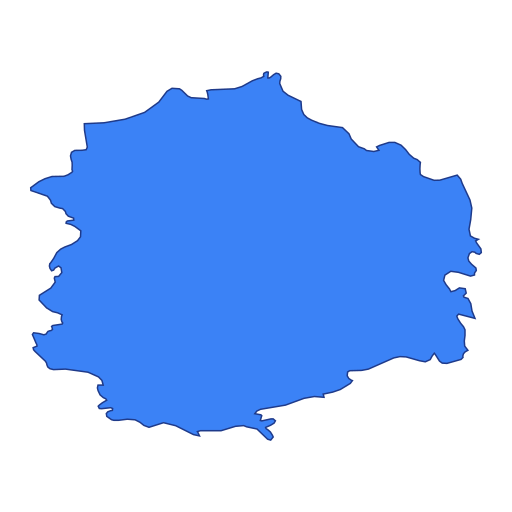 the Region of Pirkanmaa
{"feature_id": "FIN-3186", "entity_name": "Pirkanmaa", "entity_type": "Region", "adm_level": 1, "iso_a3": "FIN", "parent_name": "Finland", "parent_adm1": "", "projection": "robinson", "projection_center": [23.692, 61.717], "detail": "fine", "context": "isolated", "style": "filled", "palette": "blue", "viewbox_px": 512, "rotation_deg": 0, "n_neighbors": 0, "source": "natural_earth", "source_scale": "10m", "svg_char_len": 3914}
<svg xmlns="http://www.w3.org/2000/svg" viewBox="0 0 512 512"><path d="M301.0,101.5L301.6,109.5L303.8,114.5L307.2,117.8L311.6,120.2L319.2,123.3L327.5,125.5L342.5,127.6L349.0,133.8L351.2,139.0L358.5,146.7L364.3,148.8L366.5,150.5L373.8,151.5L378.9,150.3L376.6,146.9L379.7,145.4L389.1,142.4L394.8,142.4L401.1,145.2L405.6,149.6L409.2,154.3L413.7,158.2L417.2,159.6L420.4,162.4L420.1,164.8L419.9,168.9L420.1,172.7L420.4,174.5L423.5,176.6L434.1,180.3L439.7,180.2L457.2,175.1L460.7,179.2L462.2,183.4L470.0,200.1L471.8,208.1L470.7,219.7L469.0,229.2L470.4,235.9L474.4,238.2L478.4,239.3L476.7,240.3L475.6,240.8L476.6,242.9L480.9,248.9L481.3,252.6L479.3,254.3L476.1,253.4L474.8,252.2L472.0,251.7L469.4,253.6L467.9,257.9L468.8,261.1L471.5,264.2L475.9,268.0L476.3,270.4L475.5,271.7L474.7,272.6L474.5,273.5L474.5,275.0L470.5,276.1L458.4,272.3L450.8,271.3L444.9,275.1L443.6,280.4L446.0,284.6L449.5,289.0L450.9,291.7L455.1,290.6L459.4,287.9L465.2,288.7L466.2,293.1L463.4,295.9L464.0,297.2L468.0,298.5L470.8,303.7L472.0,311.0L475.0,318.4L458.6,314.1L456.8,316.1L457.8,318.8L460.6,323.2L463.5,326.7L465.0,329.8L465.0,335.4L464.3,341.0L464.7,346.1L467.9,350.3L465.2,351.8L463.5,353.7L462.8,356.0L463.0,357.4L461.1,359.4L446.9,363.4L442.2,363.1L439.5,361.1L435.4,354.6L434.3,353.2L432.1,356.1L430.2,359.6L425.3,361.8L419.4,360.7L406.1,356.9L399.9,356.6L393.8,357.9L368.4,369.1L361.6,370.4L349.7,370.7L347.6,372.0L347.2,375.8L348.8,378.5L351.3,380.2L352.4,380.6L350.3,383.4L340.3,389.5L332.7,392.1L323.2,394.1L323.4,394.7L324.0,397.3L314.4,396.5L304.1,398.3L285.5,405.1L260.5,409.3L256.9,411.0L254.8,413.7L260.9,414.8L261.8,415.8L261.4,416.6L260.6,419.7L260.3,420.5L261.8,420.9L270.9,418.9L273.2,418.9L275.4,420.8L274.1,423.1L270.7,425.2L265.6,427.4L266.1,428.7L267.7,429.6L270.4,432.0L272.4,435.2L273.2,437.0L270.7,440.1L267.6,439.2L257.0,429.0L246.6,426.8L243.7,425.6L235.5,426.3L221.1,430.7L200.4,430.7L197.4,431.6L197.8,432.2L199.5,435.9L193.5,434.6L175.7,425.7L163.5,422.7L149.0,427.3L143.9,425.4L140.0,422.3L135.1,419.8L127.3,419.2L118.6,420.3L113.8,420.3L111.5,419.7L106.8,416.4L106.3,413.6L107.8,411.8L110.6,410.7L112.4,410.4L112.6,408.5L110.7,407.7L101.5,408.7L99.3,408.5L98.2,406.2L99.5,404.9L102.3,402.8L106.7,400.2L105.7,398.7L103.4,397.7L100.1,394.9L98.1,390.7L97.4,387.9L98.0,385.1L103.2,385.1L101.9,380.4L98.5,376.9L88.0,372.2L65.5,369.1L53.5,369.6L49.9,368.7L47.8,367.0L47.0,365.1L46.5,363.0L45.3,361.1L35.1,351.5L33.6,349.8L33.1,347.7L37.0,346.1L36.8,344.5L36.0,343.0L32.4,334.5L33.6,332.8L39.1,333.5L43.9,334.8L46.2,334.0L47.0,332.7L48.0,331.4L49.7,330.8L51.2,330.5L52.5,329.4L52.0,327.4L51.9,327.0L51.6,326.4L52.8,325.5L62.1,324.1L62.7,323.0L61.9,321.8L61.2,319.4L61.5,316.5L62.1,314.8L57.6,312.8L52.6,311.6L46.6,307.9L39.1,300.0L39.4,295.3L50.8,288.1L55.2,282.1L54.3,278.1L55.0,276.6L58.6,276.4L61.8,272.6L61.0,267.8L58.6,266.0L54.9,268.1L53.6,270.1L51.6,270.8L50.0,268.4L49.4,266.0L49.8,263.7L50.6,262.9L53.7,258.4L56.8,252.6L60.7,249.1L64.8,247.0L71.5,244.5L77.5,240.7L80.5,236.8L80.8,230.8L74.8,226.4L70.8,224.4L66.1,223.3L66.2,222.0L67.3,221.0L73.8,220.1L73.6,218.1L68.3,216.2L66.0,213.7L65.4,211.5L62.6,208.6L59.8,208.1L54.8,206.6L51.4,203.3L50.5,200.2L47.4,196.2L30.9,190.5L30.7,187.7L38.9,181.7L45.0,178.7L52.0,176.5L64.0,176.3L68.0,174.8L71.9,172.3L72.6,171.2L72.0,169.6L72.2,165.2L72.1,162.2L71.1,159.2L70.5,155.9L71.5,152.3L74.8,150.4L82.0,150.3L86.2,149.7L87.3,147.1L84.5,130.3L84.3,123.7L103.9,122.8L125.1,119.2L144.6,112.4L158.8,102.1L167.0,91.3L172.0,88.3L179.5,88.8L181.9,90.4L187.6,96.0L191.2,97.7L204.4,98.5L206.6,99.2L208.4,98.9L207.8,94.5L207.2,92.0L206.7,90.7L211.0,89.8L234.6,88.8L242.0,86.5L252.3,80.8L257.8,78.7L261.0,77.9L263.8,76.3L263.5,74.9L263.8,73.4L265.3,72.5L266.9,71.9L268.3,72.2L267.8,77.9L269.3,78.0L270.9,77.0L273.6,74.7L276.1,73.2L278.8,73.8L280.8,76.3L280.7,78.8L279.9,81.2L279.7,83.5L283.0,91.2L288.0,95.2L301.0,101.5Z" fill="#3b82f6" stroke="#1e3a8a" stroke-width="1.5"/></svg>